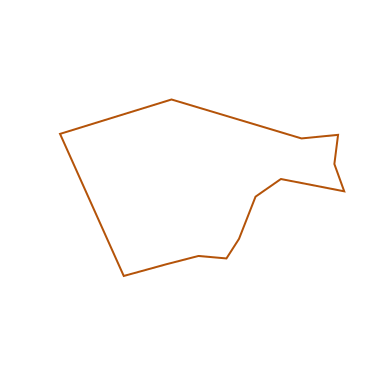 an SVG outline of Qala, rotated 199°
{"feature_id": "MLT-5980", "entity_name": "Qala", "entity_type": "state/province", "adm_level": 1, "iso_a3": "MLT", "parent_name": "Malta", "parent_adm1": "", "projection": "natural_earth1", "projection_center": [14.311, 36.036], "detail": "fine", "context": "isolated", "style": "outline", "palette": "amber", "viewbox_px": 384, "rotation_deg": 199, "n_neighbors": 0, "source": "natural_earth", "source_scale": "10m", "svg_char_len": 329}
<svg xmlns="http://www.w3.org/2000/svg" viewBox="0 0 384 384"><g transform="rotate(199 192 192)"><path d="M229.2,90.4L335.7,204.0L241.5,272.8L105.9,278.3L72.5,293.6L66.5,264.8L48.3,242.2L112.2,233.2L130.4,208.3L132.3,163.0L137.8,140.4L165.1,133.6L192.5,115.5L229.2,90.4Z" fill="none" stroke="#b45309" stroke-width="2"/></g></svg>